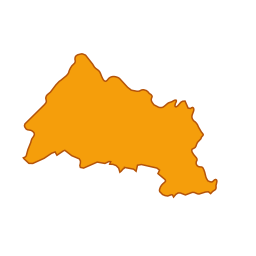 the Metropolitan department of Vosges, rotated 195°
{"feature_id": "FRA-5355", "entity_name": "Vosges", "entity_type": "Metropolitan department", "adm_level": 1, "iso_a3": "FRA", "parent_name": "France", "parent_adm1": "", "projection": "albers", "projection_center": [6.233, 48.171], "detail": "fine", "context": "isolated", "style": "filled", "palette": "amber", "viewbox_px": 256, "rotation_deg": 195, "n_neighbors": 0, "source": "natural_earth", "source_scale": "10m", "svg_char_len": 2957}
<svg xmlns="http://www.w3.org/2000/svg" viewBox="0 0 256 256"><g transform="rotate(195 128 128)"><path d="M192.2,86.0L195.3,83.8L201.2,77.0L210.8,69.1L214.6,68.2L220.4,71.3L221.4,72.1L220.6,72.7L219.7,73.5L219.1,74.8L219.1,81.1L218.2,88.7L218.2,91.3L218.0,92.8L217.0,95.6L216.7,97.1L217.1,98.3L217.4,98.9L218.0,99.4L219.3,100.1L220.2,100.4L221.3,100.6L224.8,100.3L226.2,100.7L227.9,102.2L228.6,103.3L228.6,105.3L214.7,129.0L213.8,131.1L213.7,132.2L214.0,133.2L214.6,134.4L215.2,135.6L215.2,137.6L214.6,139.2L212.2,142.6L208.7,151.2L206.5,155.2L205.0,157.0L201.1,162.5L200.2,164.3L199.7,165.8L199.6,168.1L199.4,169.5L199.1,171.0L198.3,173.5L196.3,176.9L196.1,178.1L196.4,179.4L197.0,180.6L197.3,182.0L197.2,183.6L196.4,184.8L195.4,185.8L192.3,187.5L191.0,187.8L187.9,187.4L187.2,186.9L178.7,180.5L176.3,178.2L174.8,177.3L171.3,175.9L170.0,175.0L168.9,173.8L166.6,170.7L164.5,168.3L163.1,167.4L161.8,167.3L161.0,167.9L160.4,168.8L159.4,171.0L158.6,172.0L157.6,172.9L156.4,173.6L154.9,174.1L153.2,174.3L151.0,174.2L149.7,173.9L148.8,173.5L138.9,167.2L134.6,165.4L128.8,165.8L126.7,166.5L125.4,167.7L124.3,168.5L122.7,169.0L119.9,168.9L118.1,168.1L116.4,166.9L114.4,166.2L113.3,165.4L112.8,164.5L113.0,162.5L112.9,161.4L112.3,160.1L111.1,158.8L108.9,157.1L103.5,155.9L101.7,156.2L100.3,156.7L99.4,157.4L98.2,158.9L96.1,162.0L95.2,162.9L92.4,164.8L91.0,166.2L90.2,166.9L88.9,167.4L88.3,166.8L88.2,165.9L88.6,163.7L88.5,162.6L88.4,161.6L87.9,160.9L87.1,160.8L86.4,161.4L85.7,162.2L83.8,166.2L83.4,166.8L82.1,168.0L79.9,168.8L75.1,162.8L72.7,163.0L71.9,164.0L70.9,164.6L70.0,164.3L69.3,163.3L69.0,161.7L69.1,160.5L69.4,157.1L69.3,155.8L68.9,154.6L68.2,153.5L66.9,152.3L65.7,151.6L64.5,151.2L63.3,150.4L61.9,149.3L60.1,147.1L56.2,143.2L54.1,141.7L53.6,141.0L53.7,140.1L54.2,139.2L54.7,138.0L54.8,136.5L57.1,132.2L57.3,131.3L57.5,130.4L57.6,128.8L57.7,127.8L58.1,126.6L58.9,125.7L60.7,124.0L60.6,122.8L59.9,121.4L57.8,119.4L54.1,116.8L53.4,116.0L53.1,115.2L53.0,114.8L53.3,113.1L53.2,112.2L53.1,111.6L52.8,111.0L52.4,110.4L51.5,109.6L50.1,109.0L48.9,109.0L46.6,109.4L45.5,109.0L44.1,107.5L42.5,105.2L39.9,100.5L38.3,98.7L37.0,97.6L34.6,97.3L33.6,97.4L32.6,97.9L32.0,98.7L31.5,99.6L30.9,100.4L30.0,101.0L29.1,100.8L28.4,99.8L28.2,98.1L28.1,94.9L27.6,93.7L27.4,92.5L27.6,91.2L29.9,88.5L31.2,86.0L33.8,87.2L36.6,86.2L42.3,82.6L43.9,82.4L47.3,82.9L49.2,82.5L55.2,78.2L60.7,78.8L62.8,78.2L64.6,76.3L66.1,73.1L67.7,74.9L69.0,74.7L72.0,72.6L74.7,72.3L77.4,72.7L80.8,74.7L81.2,75.3L81.5,76.0L81.6,77.1L81.4,79.4L80.8,81.4L79.9,83.1L78.8,84.7L78.0,86.1L78.3,87.2L79.1,87.9L87.3,91.7L86.6,95.5L89.8,96.8L105.6,96.2L109.2,94.5L109.0,88.3L111.9,89.7L121.3,89.0L121.3,88.0L122.2,87.1L123.4,84.6L124.4,83.2L126.6,86.8L129.6,88.6L133.0,89.0L136.3,88.3L136.0,91.0L137.7,90.7L141.1,87.8L148.9,87.1L160.5,77.8L163.8,77.6L164.8,79.3L164.9,81.7L165.4,83.9L167.1,85.6L175.2,86.7L183.2,90.1L184.4,89.3L189.6,83.3L192.2,86.0Z" fill="#f59e0b" stroke="#b45309" stroke-width="1.5"/></g></svg>